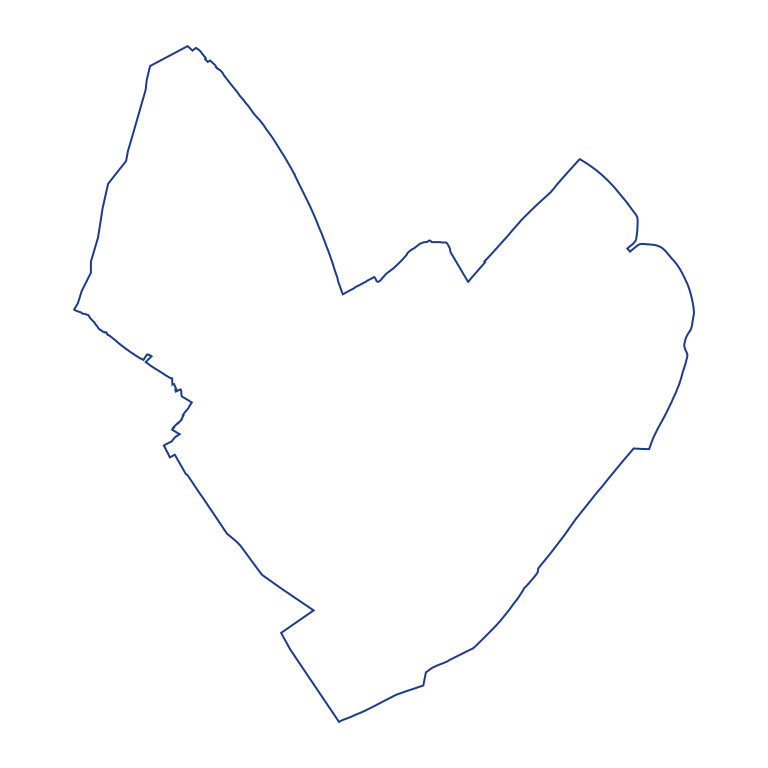 Oldebroek, Gelderland, Netherlands
{"feature_id": "6326949B62245249446035", "entity_name": "Oldebroek", "entity_type": "district", "adm_level": 2, "iso_a3": "NLD", "parent_name": "Netherlands", "parent_adm1": "Gelderland", "projection": "albers", "projection_center": [5.93, 52.457], "detail": "fine", "context": "isolated", "style": "outline", "palette": "blue", "viewbox_px": 768, "rotation_deg": 0, "n_neighbors": 0, "source": "geoboundaries", "source_scale": "gbopen_adm2", "svg_char_len": 6027}
<svg xmlns="http://www.w3.org/2000/svg" viewBox="0 0 768 768"><path d="M150.1,66.0L146.8,79.7L145.6,90.0L132.4,136.0L127.9,151.2L126.1,161.0L108.1,183.8L102.6,208.3L98.0,237.7L90.9,261.7L90.9,272.7L81.6,291.3L77.9,303.3L74.1,309.6L75.0,310.2L77.6,311.3L80.2,312.2L80.8,312.3L81.2,312.5L81.9,313.2L82.6,313.7L82.9,313.8L84.3,313.8L84.9,313.9L85.9,314.3L87.6,315.0L88.2,315.1L88.5,315.3L88.8,315.5L89.5,317.1L90.0,317.9L91.2,319.2L94.2,322.3L94.8,323.0L95.8,324.8L97.4,326.5L98.1,327.8L99.2,329.1L100.1,329.8L100.9,330.1L101.3,330.4L101.9,331.1L102.9,331.7L103.2,331.8L103.8,331.8L104.0,331.9L104.2,332.3L104.5,332.5L105.1,332.2L105.9,332.5L106.4,332.4L106.6,332.6L106.7,333.2L107.0,333.5L107.1,334.0L107.8,334.9L107.9,335.1L108.5,335.0L108.9,335.4L109.7,335.8L110.2,336.3L111.2,337.0L111.8,337.5L112.5,338.0L112.8,338.3L114.2,339.3L115.0,340.1L115.7,340.4L116.4,341.4L117.2,341.9L118.0,342.5L118.5,343.1L118.9,343.5L119.4,343.8L122.5,346.2L123.3,346.6L124.0,347.4L124.3,347.6L125.1,348.0L125.9,349.0L126.5,349.2L127.4,349.6L127.9,350.2L128.7,350.7L129.3,351.2L130.9,352.4L131.9,352.9L133.3,354.1L133.9,354.2L134.8,355.0L139.2,357.7L141.3,358.9L142.3,359.2L143.4,359.9L147.0,354.5L148.3,355.0L148.7,354.6L151.5,356.3L145.7,362.0L146.8,363.0L147.8,363.5L150.7,365.8L154.8,368.4L161.6,372.6L164.9,374.8L169.7,377.7L171.1,378.3L172.1,378.3L172.4,384.5L173.1,384.2L174.2,384.1L174.6,385.6L176.4,389.4L175.3,389.8L175.8,391.5L180.6,389.4L181.3,391.3L181.3,392.8L181.5,395.2L181.5,395.3L181.5,395.6L182.2,396.7L187.4,399.7L189.6,401.1L191.8,402.5L190.9,403.8L189.6,405.8L188.6,407.8L188.0,408.7L185.5,411.5L185.0,412.1L183.2,414.7L182.8,415.1L183.0,415.5L183.4,415.7L182.6,417.1L181.2,419.8L181.4,419.9L178.1,423.3L177.9,423.0L177.3,423.5L173.4,427.4L173.9,427.7L172.1,429.7L179.6,434.2L175.5,436.9L174.8,437.5L172.8,440.0L171.2,441.8L169.4,442.5L167.3,443.6L165.5,444.5L164.1,445.3L163.8,445.7L164.3,446.3L166.4,450.5L167.5,452.4L168.0,453.4L169.8,457.4L174.8,454.7L185.8,474.0L187.5,475.0L187.6,475.3L190.4,479.4L198.0,490.8L201.1,495.4L201.6,496.0L202.8,497.7L209.4,507.5L227.2,534.0L227.9,534.4L236.8,541.9L240.4,545.6L258.4,570.1L258.7,570.4L262.1,574.9L281.7,588.8L313.6,610.4L281.1,632.9L290.3,649.6L339.0,721.9L341.9,720.3L349.6,717.4L351.8,716.5L355.9,714.6L360.9,712.6L365.3,710.6L369.5,708.5L393.7,696.0L396.1,694.8L405.4,691.5L423.3,685.5L425.9,672.4L431.9,668.0L432.3,667.8L438.1,665.1L442.1,663.6L446.7,661.7L450.9,659.3L468.1,650.7L472.8,648.5L475.4,646.3L485.2,636.6L493.9,627.8L496.3,625.3L500.7,620.4L509.7,609.2L513.5,603.9L518.2,597.9L522.5,591.2L523.1,590.2L524.1,588.3L524.7,587.6L526.7,585.8L527.4,584.9L528.8,583.4L530.3,581.5L532.3,579.3L534.8,576.3L536.9,573.6L537.6,572.3L537.8,571.9L537.9,571.0L538.0,569.5L538.0,569.1L538.2,568.6L538.7,567.9L540.6,565.4L545.8,559.1L548.8,555.5L555.0,547.5L563.7,536.1L565.9,533.1L567.4,531.0L567.7,530.8L568.5,529.3L575.7,519.2L598.1,491.1L602.0,486.7L606.9,480.5L624.0,459.7L627.7,455.5L633.6,448.5L643.7,449.0L649.1,449.1L650.6,445.1L651.3,442.8L652.9,438.8L654.3,435.7L658.0,428.2L662.5,420.1L665.9,413.7L670.4,404.4L671.9,401.4L672.3,400.3L674.3,395.9L675.5,393.4L679.3,383.9L681.0,378.6L682.8,372.0L684.3,367.4L685.3,364.3L686.9,358.1L687.3,356.3L687.3,353.9L685.3,349.7L684.2,346.0L684.4,344.0L684.7,342.4L685.4,339.5L686.1,337.5L687.5,334.6L690.8,329.5L692.0,325.6L692.2,324.1L692.6,321.0L693.9,313.8L693.9,311.5L693.5,307.0L693.0,304.7L692.7,302.4L691.7,297.9L690.6,293.5L689.3,289.2L687.8,284.9L683.7,276.1L681.9,272.6L679.7,268.7L677.2,264.9L674.4,261.4L671.4,258.1L665.4,250.9L663.7,249.3L661.8,247.8L660.3,246.9L658.5,246.1L656.1,245.3L654.2,244.9L652.4,244.7L642.7,243.9L640.4,244.0L639.2,244.5L637.2,245.7L630.0,251.6L628.0,249.2L627.3,248.5L632.8,244.0L634.4,242.3L635.8,240.3L636.3,238.2L636.7,235.8L637.3,230.4L637.6,224.2L637.7,221.2L637.6,219.6L637.2,217.0L636.1,214.9L633.5,211.5L627.7,203.8L627.9,203.7L615.3,188.5L612.1,184.9L608.2,180.9L604.9,177.7L602.2,175.2L598.8,172.3L595.7,169.8L590.7,166.1L587.6,164.0L584.5,162.0L580.2,159.4L579.8,159.2L579.5,159.5L579.2,159.6L562.2,178.5L556.6,185.0L553.2,189.3L550.8,192.1L535.7,205.9L535.2,206.4L525.0,216.4L521.4,220.1L509.5,233.7L509.4,234.0L492.1,253.3L484.4,261.5L485.1,262.3L471.0,278.4L468.3,281.8L468.1,281.9L450.8,252.6L450.2,250.9L450.1,249.7L449.9,248.8L449.7,248.1L449.3,247.2L447.3,243.7L446.9,243.4L446.4,242.7L446.1,242.5L445.6,242.4L442.6,242.6L440.1,242.1L431.8,242.1L430.6,241.0L430.3,240.7L429.3,240.5L429.0,240.6L428.6,240.8L427.9,241.5L427.4,241.8L426.7,242.0L423.5,242.3L421.3,243.3L419.6,243.8L419.0,244.5L418.4,245.0L414.2,248.2L413.4,248.7L412.9,248.8L411.9,249.4L409.8,250.9L407.4,253.2L407.2,253.5L406.8,254.6L406.6,254.9L404.2,257.6L403.3,258.7L400.9,261.2L396.8,265.2L393.2,268.5L387.7,272.6L386.6,273.5L385.6,274.4L383.4,277.0L382.9,277.4L380.7,280.1L379.6,281.0L378.6,281.7L377.8,281.8L376.7,281.3L375.6,278.9L375.3,278.3L374.7,277.5L373.9,277.0L373.4,277.5L367.3,280.7L365.7,281.8L363.8,282.8L359.1,285.3L356.1,286.7L353.8,288.4L348.4,291.2L342.9,294.3L342.5,293.4L342.0,292.4L340.8,288.8L338.3,281.9L337.9,280.7L337.6,278.6L337.1,276.9L336.0,273.9L334.6,269.8L332.9,264.1L331.5,260.0L327.8,249.6L327.4,248.8L321.9,234.1L319.4,228.4L316.2,220.3L314.6,216.5L310.5,207.3L307.6,201.2L299.5,184.9L294.6,174.9L294.7,174.3L294.6,174.0L294.2,173.6L293.9,173.5L292.5,170.7L291.1,168.2L284.0,155.9L281.7,152.4L277.3,145.3L272.2,137.3L265.8,128.5L263.3,124.7L259.7,120.2L259.2,119.5L258.5,119.0L253.8,113.7L248.4,106.1L244.9,102.0L244.6,101.4L244.0,100.6L239.6,95.5L238.4,93.7L237.9,92.9L230.2,83.4L224.2,75.6L223.4,74.4L222.8,73.2L222.4,72.6L220.1,70.1L219.4,69.7L218.0,69.1L217.6,68.8L217.8,68.6L217.0,67.9L216.0,67.3L216.2,66.8L215.0,65.0L210.1,60.5L209.9,60.6L207.7,61.9L206.7,60.7L205.5,59.7L205.3,59.5L205.1,59.0L205.7,58.6L205.8,58.5L205.8,58.3L205.4,57.6L204.9,56.9L204.4,56.5L203.6,55.5L202.4,53.9L200.5,51.4L198.6,49.6L197.8,49.2L196.4,48.0L196.1,47.9L195.5,48.3L193.4,49.8L192.5,50.6L187.6,46.1L187.1,46.4L150.1,66.0Z" fill="none" stroke="#1e3a8a" stroke-width="2"/></svg>